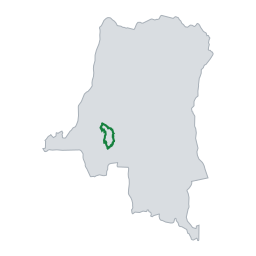 location of Idiofa, Bandundu, Democratic Republic of the Congo
{"feature_id": "63176286B53815785774290", "entity_name": "Idiofa", "entity_type": "district", "adm_level": 2, "iso_a3": "COD", "parent_name": "Democratic Republic of the Congo", "parent_adm1": "Bandundu", "projection": "equal_earth", "projection_center": [19.504, -4.707], "detail": "fine", "context": "in_parent", "style": "outline", "palette": "green", "viewbox_px": 256, "rotation_deg": 0, "n_neighbors": 0, "source": "geoboundaries", "source_scale": "gbopen_adm2", "svg_char_len": 7080}
<svg xmlns="http://www.w3.org/2000/svg" viewBox="0 0 256 256"><path d="M208.0,177.9L191.5,181.4L191.8,182.6L191.6,183.9L191.2,185.0L189.5,187.7L187.0,190.2L187.0,190.8L188.2,193.6L189.0,197.5L188.7,204.2L189.0,206.1L188.9,207.5L188.1,209.1L186.3,217.2L187.4,221.1L190.6,224.8L192.5,227.5L195.7,228.5L196.2,228.3L196.4,226.1L199.0,225.2L198.8,239.6L198.6,240.5L198.1,240.6L197.5,240.2L197.3,238.8L196.6,238.2L193.5,240.0L192.7,239.9L191.9,239.6L191.2,238.9L191.1,237.8L188.9,233.6L187.8,233.3L186.7,229.5L181.8,226.7L179.9,226.5L178.9,225.7L178.0,222.7L176.4,220.8L176.0,218.6L175.7,218.3L174.7,218.8L173.8,222.1L172.7,222.9L170.7,223.0L165.6,222.0L162.0,220.3L161.1,220.4L159.7,218.9L159.1,216.3L159.4,214.3L159.2,214.0L153.7,215.6L152.3,216.7L151.1,216.4L150.7,215.9L151.3,214.5L151.0,213.0L150.6,212.3L149.0,211.7L148.5,210.1L147.5,209.9L147.1,210.1L146.9,211.2L146.3,211.6L143.0,211.1L139.6,212.5L135.0,212.1L132.8,213.8L132.5,213.7L132.0,212.9L131.6,210.1L131.8,209.4L132.5,208.9L132.8,207.7L132.6,204.9L132.7,204.2L132.5,202.6L131.8,200.0L130.9,197.8L128.8,194.6L128.4,193.1L128.6,189.5L129.3,183.9L129.2,179.6L128.4,176.9L128.2,173.9L128.7,168.6L128.2,167.3L117.7,166.9L117.3,166.5L117.1,165.7L117.6,162.6L111.2,163.4L109.3,164.0L108.1,165.3L107.7,166.9L107.7,169.2L106.7,171.4L106.5,175.1L104.7,175.6L102.9,175.6L99.5,174.8L96.2,175.8L94.6,176.8L93.7,176.4L90.8,176.7L90.4,176.5L87.0,169.1L85.5,166.6L85.2,165.4L85.3,164.3L84.9,162.8L83.3,159.0L83.0,157.2L83.1,154.4L82.9,153.5L81.4,151.1L80.5,150.3L79.5,149.9L62.4,150.3L56.7,149.8L52.6,150.1L50.5,149.9L49.9,149.6L48.0,150.1L47.0,151.1L45.6,151.6L44.6,151.4L42.9,148.6L45.3,148.2L45.4,147.9L45.6,141.3L45.0,140.4L46.2,139.3L48.3,136.4L50.3,135.3L50.6,134.7L51.0,134.8L51.8,136.0L53.5,137.6L55.7,136.2L56.0,135.8L56.2,133.0L56.8,132.7L57.7,133.3L58.2,133.3L59.2,132.5L61.9,131.1L62.8,132.9L62.0,134.5L62.4,135.7L62.4,137.5L62.9,137.9L65.1,138.1L65.7,137.7L70.1,131.2L71.2,130.4L73.0,127.9L75.5,126.7L76.5,124.7L77.9,121.0L78.5,115.8L78.3,106.8L78.5,105.6L81.4,101.5L84.4,94.1L86.5,92.1L88.0,91.4L90.4,88.7L92.2,85.9L92.0,82.7L92.4,79.9L93.5,76.5L93.8,72.8L93.4,69.0L93.6,65.8L95.0,60.8L95.1,55.1L96.4,50.2L98.9,44.1L100.0,39.5L99.8,35.0L100.1,31.7L100.0,29.7L99.5,28.0L99.8,27.0L100.7,26.5L101.9,24.8L104.0,20.4L106.3,18.3L107.9,17.6L109.5,17.7L110.6,18.0L112.4,19.8L114.4,21.2L115.9,22.9L117.3,25.6L120.9,26.2L122.4,27.1L123.3,27.5L123.7,27.3L124.4,27.4L126.1,28.2L127.4,27.8L134.0,29.5L134.7,28.6L136.6,24.0L137.9,22.4L140.2,22.3L141.9,23.2L142.8,23.2L150.9,19.2L151.9,19.0L154.9,20.0L156.8,19.3L157.6,19.5L159.2,18.8L160.5,16.0L161.6,15.4L173.2,18.4L175.0,16.9L175.8,16.7L178.4,17.8L179.2,19.5L180.8,21.0L181.9,23.4L183.6,24.7L184.5,26.0L185.5,26.9L187.6,27.2L190.3,25.1L192.2,25.3L194.1,26.5L194.7,26.4L196.1,25.1L196.9,23.8L197.6,23.5L198.7,24.1L199.7,25.4L200.5,27.2L203.4,31.4L206.2,33.1L206.9,35.7L207.9,35.4L208.5,35.7L209.2,37.3L209.7,37.6L209.8,38.3L209.1,39.8L208.5,42.7L209.3,44.5L208.6,47.1L208.3,49.7L209.2,50.4L210.3,50.4L211.4,51.8L212.3,52.0L213.1,53.5L212.9,54.7L210.2,59.0L206.0,64.4L204.6,65.0L203.9,66.0L203.4,67.6L202.2,68.9L201.3,69.4L201.2,73.3L199.8,77.3L199.3,78.1L198.5,84.6L198.6,85.8L197.9,91.1L198.0,96.0L196.0,97.6L194.6,100.0L194.0,101.7L194.0,105.8L191.7,108.2L191.5,108.8L192.1,111.6L192.9,112.1L192.9,113.0L194.8,116.1L194.6,125.5L194.7,126.4L195.7,128.6L196.3,132.9L195.6,138.3L198.0,148.2L196.9,151.8L197.4,155.3L198.9,159.0L202.4,162.5L203.3,164.0L204.2,166.0L205.0,169.1L208.0,177.9Z" fill="#d9dde1" stroke="#a8b0b8" stroke-width="1"/><path d="M100.5,127.8L100.9,128.2L101.1,128.4L101.1,128.5L101.3,128.5L101.7,128.5L101.8,128.5L101.8,128.8L101.7,129.2L101.6,129.4L101.6,129.7L101.7,129.9L101.8,130.0L102.0,130.6L102.3,130.2L102.5,130.1L102.8,130.2L102.8,130.3L103.0,130.3L103.2,130.1L103.3,129.9L103.4,130.0L103.6,130.2L104.0,129.8L104.1,130.0L104.2,130.3L104.2,130.5L104.3,130.7L104.4,130.9L104.5,131.3L104.5,131.5L104.4,131.6L104.4,131.9L104.6,131.8L105.0,131.4L105.3,131.5L105.4,131.8L105.5,132.0L105.5,132.3L105.5,132.8L105.5,133.0L105.6,133.3L105.6,133.5L105.6,133.8L105.6,134.0L105.6,134.3L105.5,134.6L105.6,134.8L105.4,135.0L105.2,135.4L105.1,135.5L105.0,135.9L104.9,136.0L104.9,136.4L104.9,136.8L104.9,137.2L104.8,137.5L104.8,137.8L104.6,138.5L104.4,139.0L104.3,139.4L104.2,139.5L104.1,139.8L104.1,140.0L104.0,140.3L104.3,140.7L104.1,141.6L104.2,142.1L104.2,142.6L104.3,142.6L104.4,142.8L104.5,142.8L104.6,142.7L104.7,142.4L104.7,142.2L104.8,142.0L104.9,141.9L105.0,141.8L105.3,141.8L105.3,141.4L105.6,141.3L105.8,141.5L106.0,141.8L106.0,142.0L106.1,142.4L106.2,142.5L106.3,142.6L106.3,142.8L106.2,143.1L106.0,143.5L105.9,143.5L106.0,143.8L106.2,144.3L106.6,145.6L106.7,145.8L106.8,145.9L107.0,146.1L107.3,146.5L107.4,147.0L107.4,147.5L107.4,147.9L107.5,148.0L107.6,148.4L107.7,148.5L107.8,148.6L108.0,148.4L108.2,148.1L108.2,147.9L108.2,147.7L108.2,147.4L108.3,147.2L108.5,147.2L108.7,147.5L108.9,147.5L109.1,147.5L109.1,147.4L109.3,146.9L109.4,146.7L109.5,146.6L110.2,146.6L110.3,146.6L110.5,146.5L110.6,146.4L110.9,146.0L110.9,145.9L111.2,145.9L111.2,145.7L111.2,145.2L111.2,144.9L111.5,144.8L112.0,145.1L112.1,144.9L112.4,144.7L112.6,144.5L112.7,144.3L112.7,144.1L112.4,143.9L112.4,143.7L112.4,143.4L112.5,143.1L112.8,143.0L112.9,142.9L112.9,142.7L113.0,142.7L113.0,142.4L113.1,142.2L113.3,141.8L113.4,141.6L113.5,141.6L113.8,141.4L114.0,141.3L114.0,141.1L113.9,141.0L113.9,140.9L114.0,140.7L113.9,140.6L113.9,140.3L113.8,140.2L113.7,140.2L113.6,139.9L113.6,139.7L113.5,139.3L113.5,139.2L113.4,139.1L113.3,138.7L113.3,138.4L113.2,138.2L113.3,138.0L113.1,137.7L113.1,137.4L113.0,137.0L112.8,136.9L112.9,136.6L112.8,136.4L112.9,136.2L112.8,135.9L112.8,135.7L113.0,135.7L112.9,135.5L112.9,135.3L113.0,135.2L112.9,135.1L112.8,134.9L112.9,134.7L113.0,134.5L113.0,134.4L113.1,134.2L113.3,133.8L113.3,133.6L113.5,133.5L113.4,133.4L113.3,133.2L113.2,133.2L113.1,132.8L113.2,132.7L113.0,132.3L113.0,132.2L112.9,132.1L112.9,131.9L112.7,131.7L112.7,131.3L112.7,131.2L112.7,130.9L112.6,130.7L112.5,130.3L112.4,130.2L112.2,129.9L112.2,129.7L111.9,129.7L111.7,129.4L111.4,129.2L111.2,128.8L111.1,128.6L110.9,128.6L110.7,128.6L110.6,128.4L110.4,128.3L110.2,128.4L109.9,128.2L109.7,128.2L109.4,128.2L109.1,128.1L108.9,128.0L108.7,127.9L108.6,127.7L108.4,127.5L108.2,127.4L107.9,127.2L107.7,126.9L107.4,126.9L107.4,126.7L107.2,126.6L106.9,126.4L106.8,126.2L106.7,126.2L106.3,125.8L106.1,125.8L106.0,125.7L105.9,125.6L105.8,125.4L105.6,125.4L105.5,125.2L105.4,125.2L105.2,125.0L104.8,124.9L104.7,124.8L104.6,124.7L104.3,124.7L104.2,124.6L103.9,124.5L103.8,124.3L103.6,124.2L103.4,124.0L103.2,123.9L102.8,123.7L102.6,123.6L102.4,123.4L102.2,123.4L102.1,123.5L102.1,123.8L102.2,124.1L102.2,124.4L102.2,124.5L102.1,125.0L102.0,125.3L101.9,125.4L101.7,125.5L101.5,125.9L101.3,126.2L101.3,126.3L101.1,126.4L101.1,126.5L101.1,126.8L100.9,127.3L100.8,127.5L100.6,127.5L100.5,127.8ZM108.1,128.4L108.0,128.1L108.3,128.0L108.3,128.3L108.2,128.4L108.1,128.4ZM111.2,129.5L111.0,129.3L111.0,129.2L111.2,129.3L111.3,129.4L111.2,129.5L111.2,129.5Z" fill="none" stroke="#15803d" stroke-width="2"/></svg>